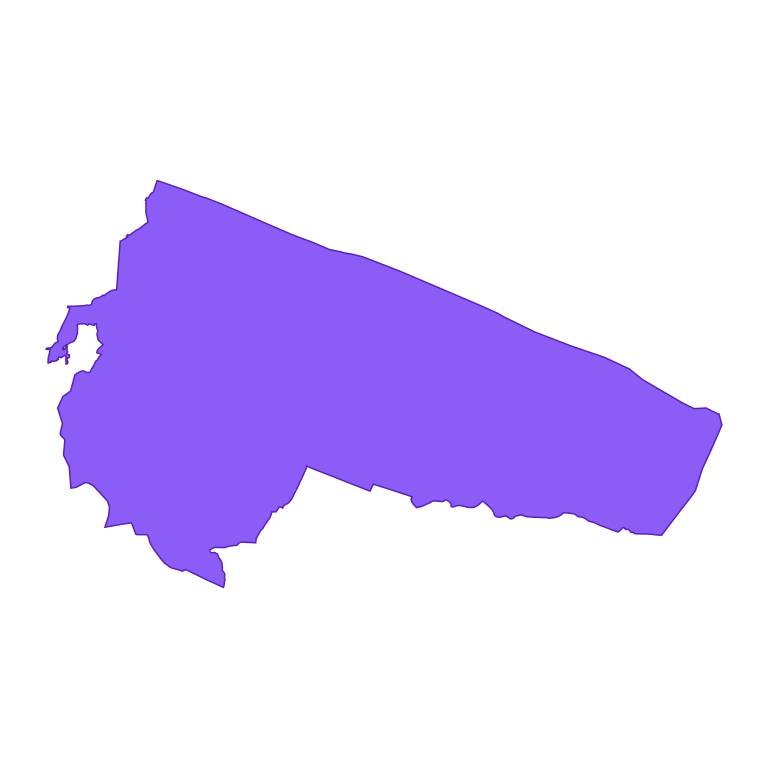 Isaccea, Tulcea, Romania
{"feature_id": "2599482B37451561707315", "entity_name": "Isaccea", "entity_type": "district", "adm_level": 2, "iso_a3": "ROU", "parent_name": "Romania", "parent_adm1": "Tulcea", "projection": "natural_earth1", "projection_center": [28.418, 45.256], "detail": "fine", "context": "isolated", "style": "filled", "palette": "violet", "viewbox_px": 768, "rotation_deg": 0, "n_neighbors": 0, "source": "geoboundaries", "source_scale": "gbopen_adm2", "svg_char_len": 5906}
<svg xmlns="http://www.w3.org/2000/svg" viewBox="0 0 768 768"><path d="M719.0,414.0L717.6,413.8L706.6,408.3L706.3,408.0L694.4,408.6L692.6,408.0L681.4,402.3L642.5,379.6L629.3,368.9L604.3,357.3L570.9,345.9L534.6,331.9L503.8,316.9L497.9,313.4L480.3,305.5L398.5,270.6L397.3,270.2L385.9,265.7L382.5,264.5L371.9,260.3L362.6,256.8L351.7,254.1L345.4,253.1L342.6,252.5L340.4,251.7L338.0,251.3L329.4,249.5L311.5,241.9L301.4,238.2L290.5,234.0L220.3,203.5L206.5,198.1L202.3,196.9L200.0,196.1L183.8,189.8L157.4,180.6L157.1,180.7L153.3,192.2L151.7,193.0L150.4,194.5L148.0,198.2L146.6,197.8L145.4,200.2L145.9,200.5L146.0,209.4L145.9,212.5L146.3,214.5L146.9,216.5L147.1,218.3L147.8,220.6L147.8,222.0L147.6,222.5L145.0,224.2L142.1,226.7L138.4,229.2L136.4,230.2L129.1,235.4L127.7,234.7L126.5,236.2L127.4,236.8L126.8,237.6L122.2,240.2L120.4,241.4L120.2,241.3L116.6,289.8L113.4,290.1L111.1,290.7L107.8,292.7L104.1,295.7L103.7,295.3L102.7,295.3L100.5,297.1L97.5,297.7L94.7,298.7L93.5,299.6L92.4,301.1L92.0,302.1L91.8,303.4L91.4,304.3L89.5,305.4L86.8,305.1L85.7,305.3L83.7,305.8L70.2,306.3L67.7,306.2L67.6,307.4L68.2,307.8L69.4,307.9L69.7,308.4L69.7,308.9L68.3,313.1L67.6,314.5L66.6,317.1L63.5,323.3L61.6,326.9L60.3,330.6L57.9,334.6L57.5,336.5L57.4,339.2L57.7,339.8L58.1,341.7L56.1,342.6L54.9,343.3L52.2,346.7L50.7,347.7L49.3,348.0L47.8,348.0L46.6,348.4L46.1,349.0L46.1,349.3L46.5,349.4L49.0,349.4L50.2,349.6L48.8,355.9L48.3,357.4L48.0,362.9L48.8,363.0L49.4,362.5L50.3,362.5L51.0,362.3L51.1,362.1L50.9,361.7L50.9,361.4L52.0,361.0L53.7,361.4L54.4,361.1L56.4,360.8L56.6,360.3L57.3,359.9L57.9,359.9L58.2,359.6L57.6,359.3L59.1,356.8L61.0,357.7L61.6,357.6L63.8,355.8L64.4,355.7L65.0,355.2L65.4,355.7L65.9,357.1L65.9,360.6L66.1,361.0L66.2,362.6L66.1,363.0L65.8,363.9L66.1,364.0L66.6,363.8L67.3,363.8L67.6,363.0L67.9,362.6L67.6,361.6L67.5,360.6L66.9,359.7L66.8,359.3L68.0,357.7L69.1,357.7L69.4,356.8L69.5,355.7L69.4,355.2L69.1,354.7L67.0,354.2L66.8,354.0L67.2,352.5L67.7,351.8L67.1,351.0L67.0,349.3L67.0,347.3L67.4,346.2L67.1,345.9L66.6,346.1L65.3,348.4L63.6,350.0L62.5,349.1L63.5,348.2L63.0,347.5L65.9,345.1L67.6,344.4L68.6,343.6L71.6,342.1L72.9,341.8L73.9,341.3L75.9,338.4L76.6,335.7L77.4,333.7L77.4,331.7L77.5,330.7L77.4,330.2L77.5,328.8L77.6,328.4L77.4,326.1L77.1,325.3L77.2,324.9L77.8,324.5L79.1,324.0L80.2,323.8L82.4,324.0L83.1,323.9L83.6,323.5L84.7,323.7L87.4,325.1L87.9,325.1L88.9,323.9L93.1,325.1L94.2,325.2L94.6,324.0L96.3,324.0L96.3,325.4L96.9,328.3L97.7,330.5L97.8,331.1L97.6,332.2L97.1,333.1L97.0,333.7L97.0,334.5L98.0,339.5L98.8,340.7L101.0,342.7L103.0,344.6L99.5,347.9L98.0,349.5L97.2,350.7L96.9,352.0L96.8,352.8L100.0,353.8L101.2,355.0L99.0,356.9L98.3,358.5L97.8,359.2L96.8,360.5L95.8,361.2L95.4,361.8L93.6,365.7L91.7,368.6L90.4,371.7L89.6,372.3L89.0,372.5L87.5,372.5L86.3,372.2L83.6,371.0L82.3,370.9L81.0,371.2L77.7,373.0L76.7,373.3L76.2,374.0L74.9,374.9L74.3,377.3L73.5,379.7L73.1,382.1L72.2,384.6L72.0,386.3L71.5,387.8L71.0,389.0L70.5,391.2L62.9,396.5L57.6,408.0L62.5,423.6L60.2,433.1L60.7,435.3L64.9,439.7L63.5,455.0L69.2,466.7L70.9,488.2L76.2,487.3L85.3,482.6L88.3,483.0L93.3,485.7L107.4,500.9L109.5,507.4L108.6,515.9L104.9,527.2L122.0,524.2L131.4,522.8L131.5,522.9L132.7,525.9L135.9,534.2L136.4,534.6L147.0,534.7L147.5,534.9L149.1,539.3L149.7,542.0L150.9,544.5L152.6,547.4L154.9,550.8L160.5,558.4L161.8,560.1L163.3,561.5L164.3,563.1L166.2,564.2L169.4,566.8L171.8,568.0L176.2,569.2L177.5,569.4L182.0,571.2L185.9,569.6L205.4,579.2L223.3,587.4L223.7,586.7L224.3,584.3L224.4,582.3L224.9,580.1L224.5,577.4L224.8,574.8L224.7,573.9L223.7,572.0L222.7,571.1L222.4,570.6L222.3,565.8L222.0,563.5L221.4,561.5L220.8,560.3L218.9,557.8L217.8,554.8L217.4,553.9L216.0,553.3L214.6,552.4L212.0,552.7L211.2,552.6L210.5,552.2L210.0,551.4L209.8,550.5L209.9,550.1L210.3,549.6L213.5,547.8L215.0,547.4L224.7,547.6L229.4,546.1L237.1,545.2L237.4,545.1L238.2,543.8L238.8,543.2L239.8,542.6L240.8,542.2L244.1,542.2L255.7,542.8L256.2,538.5L259.4,532.7L261.4,529.6L262.6,528.7L263.2,527.8L263.7,526.8L268.3,519.8L269.6,518.3L270.8,515.5L272.0,511.9L276.2,511.8L277.1,510.2L279.5,506.7L281.8,507.5L282.7,508.1L283.7,505.8L285.5,504.5L287.4,503.6L288.5,502.9L291.8,499.0L292.3,497.8L293.9,494.5L294.2,493.5L295.1,492.2L296.4,489.7L299.2,483.9L300.3,481.1L300.9,480.2L306.8,467.1L306.5,466.1L318.5,470.9L370.0,491.1L373.3,484.2L390.2,489.5L412.0,496.7L411.4,498.0L411.1,499.2L411.4,500.6L412.1,502.3L413.1,503.9L414.5,505.5L416.6,507.6L422.1,506.3L427.3,503.8L428.7,503.4L430.6,502.2L432.7,501.2L433.7,501.0L435.3,500.9L442.1,501.6L442.7,501.5L445.6,500.1L446.4,500.2L447.6,500.5L449.3,501.7L451.2,504.3L451.2,504.8L451.0,505.7L451.3,506.7L453.3,507.0L456.5,505.8L459.0,505.4L464.5,506.3L466.8,507.1L468.3,507.4L472.5,507.5L473.7,507.3L475.4,506.7L477.1,505.8L479.6,503.9L481.7,501.7L482.2,501.4L482.8,501.3L483.3,501.6L484.1,502.2L487.4,505.0L491.8,509.2L494.1,513.2L494.1,514.5L494.4,514.8L494.6,515.3L495.5,516.2L496.4,516.7L497.4,517.0L499.4,517.2L500.3,517.2L503.1,516.4L504.5,516.1L506.2,516.1L506.8,516.4L510.0,518.7L511.7,518.9L512.5,518.6L513.9,517.8L514.9,516.7L515.7,516.2L516.9,515.8L518.3,515.6L520.5,515.0L521.5,515.1L527.5,516.8L531.9,517.0L533.5,517.3L533.8,517.2L535.9,517.4L538.4,517.3L543.8,517.7L546.2,517.5L548.2,518.1L549.5,518.2L554.1,517.7L555.1,517.3L555.5,517.4L558.6,516.2L561.3,514.9L561.7,514.3L562.2,513.7L563.3,513.0L564.9,512.7L568.7,513.2L571.7,513.5L574.6,514.0L575.5,514.6L577.8,516.4L578.7,516.7L581.9,517.1L584.9,518.4L586.1,519.1L588.5,521.0L594.4,522.7L599.2,525.0L617.7,532.0L618.0,532.0L619.9,530.7L621.1,529.6L622.7,527.6L623.6,527.8L623.8,527.6L625.2,529.1L625.8,529.5L626.2,529.6L627.2,529.1L627.7,529.1L628.3,529.4L629.1,530.1L630.6,531.9L630.9,532.1L633.6,532.4L634.4,533.5L635.6,533.7L643.6,534.0L646.1,533.9L650.4,534.2L657.5,535.0L661.6,535.2L681.9,508.5L689.8,498.5L695.4,490.7L702.3,468.9L709.9,452.5L717.5,435.3L721.9,424.9L719.0,414.0Z" fill="#8b5cf6" stroke="#5b21b6" stroke-width="1.5"/></svg>